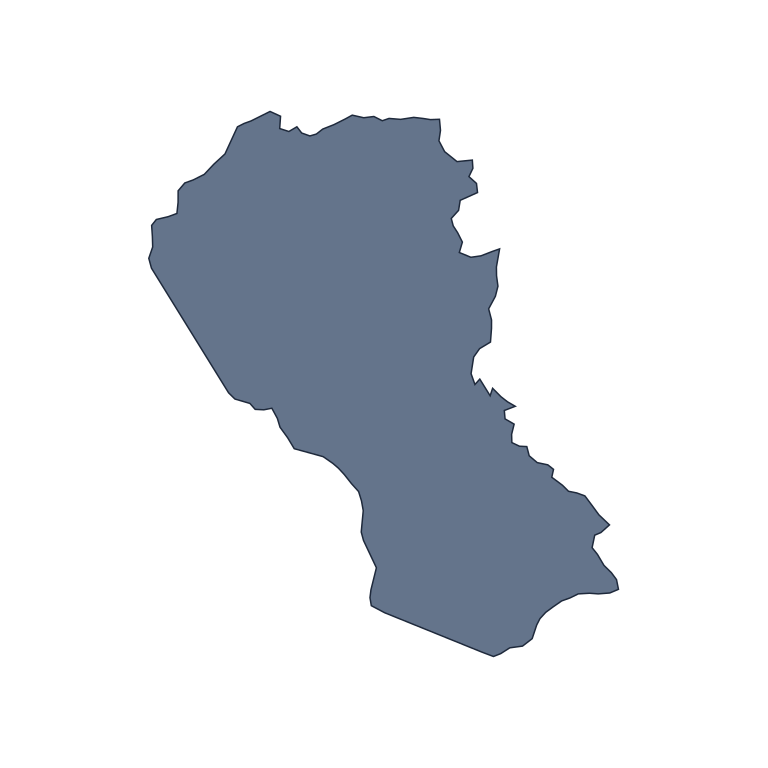 outline of Rio Quente, Goiás, Brazil, rotated 157°
{"feature_id": "56859067B50807905411121", "entity_name": "Rio Quente", "entity_type": "district", "adm_level": 2, "iso_a3": "BRA", "parent_name": "Brazil", "parent_adm1": "Goiás", "projection": "robinson", "projection_center": [-48.799, -17.825], "detail": "fine", "context": "isolated", "style": "filled", "palette": "slate", "viewbox_px": 768, "rotation_deg": 157, "n_neighbors": 0, "source": "geoboundaries", "source_scale": "gbopen_adm2", "svg_char_len": 1929}
<svg xmlns="http://www.w3.org/2000/svg" viewBox="0 0 768 768"><g transform="rotate(157 384 384)"><path d="M418.4,678.0L440.5,657.9L454.8,652.8L467.5,647.2L480.1,646.4L488.8,646.9L498.0,642.3L502.6,631.6L508.0,621.9L517.6,622.4L529.3,624.4L535.9,620.8L539.6,610.2L543.4,600.5L551.4,591.6L552.8,581.5L530.5,436.6L527.1,428.4L515.0,418.5L512.5,411.0L504.7,407.2L496.7,405.5L495.6,394.0L496.6,384.8L493.7,372.2L491.9,359.5L468.4,340.9L462.1,330.9L458.8,324.2L455.9,316.1L452.9,305.1L449.4,294.9L450.4,285.2L452.6,275.5L458.5,264.6L462.8,256.6L464.0,248.0L462.8,217.8L476.4,199.7L480.4,192.8L482.3,184.9L472.7,173.1L398.8,99.1L389.7,90.4L381.9,90.2L371.3,92.0L358.9,88.6L347.1,91.7L337.6,102.5L332.1,107.1L324.4,110.6L316.2,112.6L305.2,114.9L296.3,114.4L287.2,114.9L276.6,111.1L268.8,107.1L257.8,103.4L248.4,103.4L246.4,113.1L248.4,121.4L252.4,131.1L254.1,143.8L256.4,152.0L249.1,162.5L242.4,162.5L231.5,166.2L237.3,179.6L239.9,190.7L242.8,202.5L249.1,208.4L256.1,213.2L259.3,221.1L266.0,232.6L261.3,239.2L264.8,245.6L273.7,251.8L278.4,261.2L277.0,270.6L283.6,273.8L289.2,280.1L286.2,287.8L279.9,296.2L286.2,304.6L283.6,312.6L271.9,312.2L277.3,319.4L281.3,326.6L285.7,337.6L290.9,331.7L293.9,351.1L300.5,348.0L299.8,359.5L290.9,373.8L282.2,379.2L269.6,381.0L263.3,393.2L260.0,400.9L258.3,412.3L247.2,421.2L240.9,429.5L238.1,439.7L234.8,447.8L224.8,463.2L232.5,463.7L244.7,464.1L254.5,466.7L263.3,475.6L256.4,484.0L257.1,494.5L258.5,502.5L257.4,510.1L247.5,514.7L242.1,523.3L223.1,523.7L220.5,532.5L224.8,541.7L217.9,547.8L215.2,555.6L229.9,560.2L237.4,574.2L238.4,586.4L232.9,595.4L229.5,606.0L237.9,609.2L244.0,613.0L252.4,617.8L265.3,621.1L275.6,626.5L282.7,627.0L288.8,634.2L298.6,637.0L308.2,643.9L316.2,643.1L328.8,642.3L340.8,642.6L348.6,640.5L355.3,641.3L361.7,647.2L363.7,654.8L372.9,653.6L380.2,659.9L374.6,670.9L382.4,679.4L403.7,678.1L411.0,678.5L418.4,678.0Z" fill="#64748b" stroke="#1e293b" stroke-width="1.5"/></g></svg>